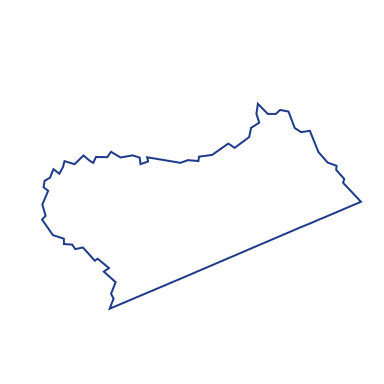 the district of Hamilton, Florida, United States of America, rotated 153°
{"feature_id": "52423323B5794774245983", "entity_name": "Hamilton", "entity_type": "district", "adm_level": 2, "iso_a3": "USA", "parent_name": "United States of America", "parent_adm1": "Florida", "projection": "mercator", "projection_center": [-82.926, 30.475], "detail": "fine", "context": "isolated", "style": "outline", "palette": "blue", "viewbox_px": 384, "rotation_deg": 153, "n_neighbors": 0, "source": "geoboundaries", "source_scale": "gbopen_adm2", "svg_char_len": 1047}
<svg xmlns="http://www.w3.org/2000/svg" viewBox="0 0 384 384"><g transform="rotate(153 192 192)"><path d="M269.2,266.8L272.1,273.8L284.0,270.1L291.6,277.4L295.5,272.9L301.9,268.5L305.1,275.2L312.0,269.2L318.2,268.9L322.1,263.6L319.6,258.4L331.1,248.7L333.2,237.3L338.1,235.5L335.5,216.7L327.4,208.6L329.7,203.7L322.7,199.6L321.9,194.1L314.4,192.1L309.8,174.9L306.4,175.4L300.5,161.9L306.7,161.1L301.0,146.3L310.3,138.1L310.3,132.6L318.3,125.4L314.1,125.1L313.9,125.1L230.5,119.2L229.8,119.2L111.7,111.3L109.3,111.1L100.2,110.3L96.8,110.1L91.6,109.8L85.6,109.3L45.9,106.6L53.2,131.6L50.4,134.5L53.5,146.2L51.3,149.7L57.8,156.7L61.2,170.2L59.2,193.0L67.6,195.8L71.4,202.4L69.5,219.9L76.3,225.1L81.8,223.5L89.0,227.1L93.3,240.6L99.1,232.4L100.6,223.3L110.3,222.3L116.1,215.0L133.9,212.0L137.7,218.7L157.2,215.9L169.7,220.3L172.2,216.7L181.3,222.3L189.0,223.2L216.2,243.3L217.2,239.1L225.2,240.2L223.0,246.4L228.3,251.6L240.0,255.2L245.9,264.6L251.7,261.5L261.6,266.8L266.8,262.8L269.2,266.8Z" fill="none" stroke="#1e3a8a" stroke-width="2"/></g></svg>